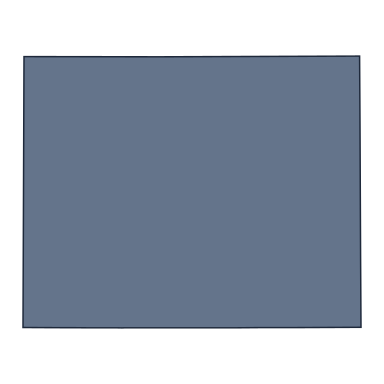 Freeborn, Minnesota, United States of America
{"feature_id": "52423323B49895412889329", "entity_name": "Freeborn", "entity_type": "district", "adm_level": 2, "iso_a3": "USA", "parent_name": "United States of America", "parent_adm1": "Minnesota", "projection": "albers", "projection_center": [-93.401, 43.674], "detail": "fine", "context": "isolated", "style": "filled", "palette": "slate", "viewbox_px": 384, "rotation_deg": 0, "n_neighbors": 0, "source": "geoboundaries", "source_scale": "gbopen_adm2", "svg_char_len": 410}
<svg xmlns="http://www.w3.org/2000/svg" viewBox="0 0 384 384"><path d="M108.3,327.8L113.4,327.8L116.9,327.8L122.1,327.9L124.5,327.8L147.1,327.8L163.7,327.8L235.4,327.8L259.7,327.6L293.3,327.6L361.0,327.3L360.6,259.5L360.0,124.1L359.6,56.1L159.4,56.8L24.0,56.6L23.0,327.5L40.7,327.6L63.5,327.7L73.7,327.7L88.6,327.8L90.7,327.8L108.2,327.8L108.3,327.8Z" fill="#64748b" stroke="#1e293b" stroke-width="1.5"/></svg>